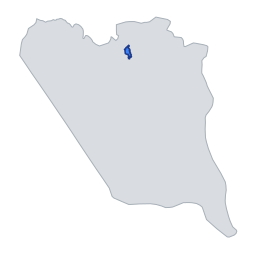 Ar-Rastan, Homs (Hims), Syria (highlighted), rotated 89°
{"feature_id": "27442178B10190550865888", "entity_name": "Ar-Rastan", "entity_type": "district", "adm_level": 2, "iso_a3": "SYR", "parent_name": "Syria", "parent_adm1": "Homs (Hims)", "projection": "orthographic", "projection_center": [36.766, 34.897], "detail": "fine", "context": "in_parent", "style": "filled", "palette": "blue", "viewbox_px": 256, "rotation_deg": 89, "n_neighbors": 0, "source": "geoboundaries", "source_scale": "gbopen_adm2", "svg_char_len": 3748}
<svg xmlns="http://www.w3.org/2000/svg" viewBox="0 0 256 256"><g transform="rotate(89 128 128)"><path d="M22.1,83.8L24.6,84.1L30.0,87.4L30.9,87.3L32.6,83.0L34.2,81.5L37.6,80.2L38.5,73.2L40.1,71.8L42.0,71.1L44.9,71.0L47.4,70.6L47.6,69.3L44.1,61.2L44.4,59.1L46.1,50.9L47.1,47.7L48.2,46.7L52.1,47.1L57.7,48.6L59.2,50.9L61.9,53.0L66.0,52.8L70.7,53.2L74.4,53.3L77.3,51.8L83.9,49.0L87.2,48.1L90.1,46.8L99.6,42.2L103.5,42.5L106.1,43.0L108.1,43.7L112.7,46.7L116.5,49.8L119.1,50.6L123.8,50.5L130.6,50.9L139.0,50.7L143.8,49.7L150.0,48.0L161.0,43.9L175.2,35.8L183.6,31.7L187.3,31.1L192.0,30.9L196.9,31.7L202.3,32.1L204.8,32.0L210.7,30.9L218.2,29.0L222.9,27.5L228.6,25.1L232.0,21.4L233.1,21.0L234.6,21.6L235.3,21.8L236.9,23.7L238.8,28.6L238.8,29.2L238.6,30.7L235.1,35.0L230.2,41.0L226.8,44.7L220.9,51.1L216.3,52.6L208.5,55.1L206.5,57.3L204.7,60.8L203.8,65.5L203.6,68.5L203.6,73.9L205.8,79.5L207.8,84.8L208.2,88.4L208.2,91.9L206.6,95.7L205.0,101.0L204.1,106.9L204.1,117.9L204.5,127.2L204.4,128.7L201.4,135.4L197.8,143.3L196.1,145.1L187.7,147.8L178.6,153.7L168.5,160.4L159.2,166.4L149.4,172.7L139.2,179.2L131.9,183.8L122.2,190.0L113.2,195.9L104.1,201.8L97.2,206.3L86.6,213.3L80.4,217.4L71.3,223.5L63.2,228.7L53.6,235.0L41.6,233.1L37.8,232.0L34.7,229.1L32.4,227.5L26.8,225.8L23.2,220.2L21.0,218.2L17.2,217.3L18.9,213.7L19.2,211.4L20.8,208.5L19.8,206.6L19.4,202.6L18.7,201.6L18.4,200.6L19.0,199.3L18.8,198.0L18.1,197.4L17.9,195.4L17.3,193.9L17.6,192.1L18.5,191.0L19.3,188.7L20.3,188.1L22.0,186.7L22.4,185.2L23.8,183.8L25.8,182.6L26.2,181.7L25.9,181.1L24.0,180.1L23.0,178.2L23.9,175.5L24.6,174.6L25.7,173.3L28.3,171.4L30.3,171.0L32.0,171.0L34.9,171.2L37.2,171.6L37.8,171.1L37.7,170.4L34.9,168.8L34.8,167.5L35.5,166.1L37.5,163.9L39.8,162.2L41.0,162.0L43.8,158.7L45.5,155.1L42.7,146.2L41.0,144.8L38.3,143.5L36.7,143.4L36.6,142.8L38.7,140.5L40.3,138.6L38.6,136.7L35.6,135.8L34.4,137.7L30.5,137.9L24.5,137.8L21.9,128.5L21.6,124.4L21.7,119.7L23.5,112.9L22.7,109.7L22.7,107.5L22.2,104.6L17.6,98.2L20.2,86.6L22.1,83.8Z" fill="#d9dde1" stroke="#a8b0b8" stroke-width="1"/><path d="M58.8,125.5L58.8,125.4L58.6,125.4L58.4,125.4L58.1,125.1L57.9,124.9L57.8,124.6L57.6,124.3L57.3,123.9L57.2,123.8L57.2,123.7L56.9,123.5L56.8,123.4L56.7,123.4L56.4,123.3L56.2,123.4L56.1,123.5L55.9,123.5L55.6,123.6L55.3,123.7L54.8,123.7L54.7,123.6L54.5,123.8L54.1,124.1L53.9,124.2L53.7,124.1L53.4,124.1L53.4,124.3L53.5,124.5L53.2,124.6L52.9,124.7L52.8,124.8L52.7,124.8L52.7,124.7L52.4,124.7L52.2,124.5L51.8,124.6L51.7,125.0L51.4,125.1L51.3,124.9L51.2,124.9L51.0,125.0L50.9,125.2L50.8,125.3L50.7,125.3L50.7,125.2L50.7,124.9L50.5,124.7L50.3,124.6L50.2,124.6L50.1,124.8L49.9,125.0L49.7,125.1L49.4,125.0L49.2,125.0L48.7,125.5L48.4,126.0L48.1,126.0L48.1,126.3L47.9,126.4L47.7,126.4L47.4,126.5L47.2,126.5L47.1,126.4L47.0,126.2L46.9,126.2L46.7,126.2L46.4,126.2L46.4,126.3L46.2,126.3L46.0,126.2L46.3,126.1L46.4,125.9L46.3,125.6L46.2,125.6L46.0,125.4L45.7,125.5L45.8,125.9L45.7,126.2L45.9,126.6L46.1,126.8L46.4,126.9L46.5,127.1L46.6,127.4L46.8,127.5L47.1,127.4L47.1,127.5L47.4,128.2L47.4,128.3L47.5,128.4L47.6,128.6L47.8,128.7L48.0,128.8L48.4,128.8L48.5,128.8L48.8,128.9L48.8,129.0L49.0,129.2L49.0,129.3L49.1,129.5L49.0,129.8L49.2,130.0L49.3,130.1L49.5,130.0L49.5,129.9L50.1,129.6L50.3,129.5L50.5,129.5L50.8,129.7L51.1,129.6L51.5,129.6L51.8,129.6L52.1,129.5L52.4,129.5L53.0,129.4L53.4,129.4L53.5,129.4L53.8,129.0L53.9,128.7L54.0,128.5L54.3,127.8L54.3,127.7L54.5,127.4L54.3,126.8L54.3,126.7L54.7,126.5L54.8,126.5L55.2,126.4L55.4,126.3L55.5,126.3L55.9,126.3L56.2,126.2L56.3,126.2L56.4,125.9L56.4,125.4L56.5,125.3L56.5,125.2L56.6,125.3L56.9,125.4L57.0,126.0L57.2,126.4L57.3,126.5L57.6,126.4L57.8,126.3L58.3,126.2L58.5,126.2L58.5,125.7L58.8,125.5Z" fill="#3b82f6" stroke="#1e3a8a" stroke-width="1.5"/></g></svg>